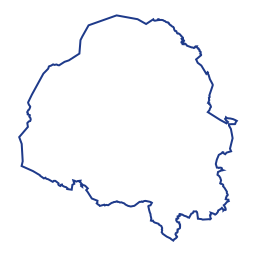 the district of Vinje nor, Telemark, Norway
{"feature_id": "86288312B99450308134053", "entity_name": "Vinje nor", "entity_type": "district", "adm_level": 2, "iso_a3": "NOR", "parent_name": "Norway", "parent_adm1": "Telemark", "projection": "mercator", "projection_center": [7.901, 59.807], "detail": "fine", "context": "isolated", "style": "outline", "palette": "blue", "viewbox_px": 256, "rotation_deg": 0, "n_neighbors": 0, "source": "geoboundaries", "source_scale": "gbopen_adm2", "svg_char_len": 5796}
<svg xmlns="http://www.w3.org/2000/svg" viewBox="0 0 256 256"><path d="M88.6,25.3L82.3,36.5L80.5,40.1L79.4,53.6L68.8,60.4L64.6,61.8L59.1,65.3L58.1,65.2L56.6,64.5L54.3,64.9L53.1,64.4L51.1,65.6L49.1,66.3L48.8,66.7L48.4,68.1L48.0,68.9L43.4,73.6L31.9,94.6L28.2,102.2L28.1,102.7L28.6,104.0L28.9,104.7L30.2,106.5L30.1,107.3L29.4,109.0L28.7,110.0L28.3,110.1L27.2,112.1L27.6,112.6L27.7,113.2L28.0,113.4L28.0,113.7L27.6,114.1L27.7,114.4L29.8,115.1L29.8,115.6L29.3,116.6L30.5,118.2L30.7,119.6L30.2,121.0L28.7,121.5L27.3,123.1L27.9,126.9L19.2,137.1L21.7,143.9L22.7,161.3L21.6,166.0L33.0,171.1L39.9,175.2L40.2,175.8L43.9,178.4L45.4,177.8L45.5,178.1L46.5,178.8L48.3,179.3L52.7,181.8L53.3,181.5L53.7,180.9L54.0,180.8L55.4,180.9L58.6,183.4L58.3,184.5L58.8,185.2L60.3,186.0L60.9,185.4L61.0,184.8L61.9,184.5L62.0,184.5L62.0,185.3L62.4,185.6L64.1,186.6L66.1,187.2L67.5,188.3L67.2,189.0L67.5,189.1L71.7,189.7L72.4,184.8L74.3,183.8L73.3,180.4L75.0,180.9L75.3,181.3L76.3,181.6L77.5,181.1L80.5,180.7L80.4,181.1L79.7,181.9L81.0,183.0L81.3,183.6L81.8,184.0L81.1,184.6L81.3,184.8L81.1,185.1L81.2,185.7L81.5,186.1L81.4,186.2L82.1,186.7L81.9,185.5L82.5,184.7L82.8,185.0L84.4,185.4L85.3,185.9L87.8,188.4L86.2,190.1L87.6,191.9L91.8,198.5L97.4,200.7L97.2,201.2L97.4,201.7L97.4,202.3L96.7,203.3L97.9,204.4L99.0,205.0L99.8,205.9L104.3,204.7L104.8,205.4L106.2,204.9L108.2,205.2L111.6,202.9L112.8,202.6L113.6,202.1L115.8,201.8L116.4,201.4L117.0,201.3L117.5,201.9L118.6,201.9L120.0,202.5L121.3,202.3L124.4,203.5L125.4,204.5L128.1,205.9L130.8,206.5L134.4,205.8L139.5,201.9L140.7,201.9L141.7,201.5L142.0,201.8L142.7,201.9L142.8,201.6L144.4,201.0L145.6,200.9L149.9,201.8L151.3,202.4L151.9,202.8L150.5,205.3L148.9,205.7L148.3,206.2L149.2,210.3L149.8,212.4L150.5,214.1L150.6,215.6L151.3,218.5L150.9,220.6L152.0,220.9L152.9,220.6L153.7,221.9L154.6,222.5L158.6,223.8L158.8,224.4L159.3,224.9L161.3,226.0L162.2,228.1L161.8,229.4L162.2,230.1L161.7,232.3L162.3,233.0L162.6,233.7L166.7,236.6L170.4,238.4L171.2,239.2L173.3,240.6L174.3,239.2L175.3,238.7L176.3,237.9L176.5,237.4L177.1,236.9L177.1,236.7L176.5,236.2L176.5,235.9L176.0,235.5L175.8,234.7L175.5,234.4L175.7,233.3L176.3,232.8L177.2,232.6L177.5,232.1L177.4,231.5L177.8,230.9L177.4,230.2L177.6,229.4L178.3,229.2L179.8,228.3L180.0,227.8L180.1,226.5L179.9,226.1L180.1,225.6L179.8,224.8L180.0,224.3L179.3,223.7L179.2,222.4L178.3,222.5L177.6,221.8L177.1,221.8L176.4,220.7L176.2,220.1L176.4,218.9L177.5,218.9L178.2,218.2L177.7,217.6L177.6,216.5L178.1,216.4L178.3,216.1L179.3,216.3L179.7,216.1L179.8,215.6L179.4,214.6L179.4,214.2L179.5,214.1L180.7,214.5L180.7,214.2L182.3,214.6L184.1,215.7L186.6,216.5L187.9,217.4L188.4,217.5L188.7,217.3L189.2,217.6L191.3,213.7L192.6,213.2L193.1,212.6L193.6,211.4L195.4,211.5L196.1,211.3L196.9,212.0L197.3,213.4L197.7,216.8L197.9,217.2L197.8,217.7L197.9,218.7L201.3,219.1L202.7,219.6L208.9,219.2L210.0,219.4L210.9,218.6L210.6,218.0L210.2,216.8L210.3,216.0L210.1,215.6L210.5,215.2L210.6,214.7L210.4,214.4L210.5,214.3L211.0,213.9L211.0,213.2L210.8,212.7L213.9,213.8L215.1,214.6L216.0,214.1L217.3,212.7L218.0,211.6L218.2,210.5L220.9,208.9L221.9,207.9L223.4,209.8L223.4,210.5L224.3,209.7L225.1,209.6L225.8,210.7L225.7,210.4L225.7,209.1L225.5,208.2L224.2,205.8L223.8,205.2L225.1,204.2L226.9,202.0L228.7,201.1L228.5,200.8L228.4,199.7L227.0,199.6L226.1,199.3L226.1,199.1L225.8,199.0L226.0,198.7L225.9,198.0L226.6,196.6L226.5,196.4L226.7,196.0L227.6,195.4L227.7,194.5L226.9,193.4L226.8,192.6L226.9,191.7L224.4,187.7L223.1,186.3L223.3,185.2L223.0,184.6L221.5,183.8L220.8,183.8L220.2,183.4L221.1,180.3L220.6,179.1L220.4,178.1L219.2,176.1L217.5,174.8L218.0,172.0L220.8,170.7L221.0,170.3L221.8,170.5L223.0,170.2L222.7,170.1L222.3,169.6L221.6,167.9L220.0,167.6L218.8,168.0L218.4,167.7L216.9,167.6L215.8,164.0L216.8,159.7L218.8,154.9L221.6,153.3L222.5,152.2L223.3,152.3L223.4,153.1L225.2,154.2L226.6,152.6L231.1,151.3L230.0,148.7L230.3,147.5L231.3,143.4L232.6,138.2L231.9,134.2L230.9,129.0L229.0,125.6L229.0,124.2L235.0,124.1L235.3,123.7L235.6,122.4L236.8,120.9L235.1,120.0L233.0,119.1L230.4,118.5L227.2,118.2L226.0,117.3L225.8,118.4L225.5,118.4L225.1,118.9L226.1,120.4L228.0,122.0L226.6,123.4L220.3,120.0L207.8,112.1L209.4,110.2L210.2,108.0L210.9,107.1L210.9,106.5L210.4,105.2L209.7,104.5L209.8,104.3L209.6,104.0L209.3,103.6L209.0,103.7L208.9,103.3L209.0,103.1L208.1,102.9L208.6,101.8L208.8,101.1L209.2,100.6L209.2,100.1L209.2,99.8L209.0,99.3L209.1,99.1L209.0,98.8L209.0,98.4L208.9,97.8L209.6,97.2L209.6,96.2L209.4,95.9L209.5,95.3L209.4,95.2L212.7,85.5L212.7,84.5L209.9,79.2L208.6,74.9L208.0,74.1L208.0,73.2L208.1,72.8L207.6,72.2L206.3,73.8L201.3,65.5L197.7,62.8L196.1,59.4L201.1,55.2L201.1,54.6L200.4,53.9L200.7,53.7L200.5,52.7L200.7,52.4L200.6,51.8L199.5,51.0L199.6,50.3L199.3,50.2L199.1,49.3L198.2,48.8L198.3,48.3L197.0,47.5L196.6,46.9L196.9,46.3L196.7,46.3L195.5,46.4L194.9,47.0L194.7,47.3L194.8,47.5L194.5,47.8L193.8,48.0L192.9,47.5L191.6,47.4L187.0,45.7L186.6,45.3L186.4,44.7L185.2,43.7L183.9,43.6L183.7,44.0L184.0,44.1L183.9,44.3L183.5,44.2L183.5,43.8L182.5,44.1L182.4,43.8L182.6,43.5L183.0,43.1L183.4,43.5L183.5,43.1L182.3,42.5L181.8,42.7L181.5,42.6L181.4,42.3L181.7,41.5L182.0,41.2L183.3,41.0L183.8,41.1L184.1,40.8L184.0,40.5L183.3,40.2L182.7,39.7L182.5,39.3L181.8,39.1L181.7,38.9L183.0,38.6L183.0,38.1L182.9,37.6L181.9,36.8L181.4,36.0L181.1,35.9L180.2,34.6L178.5,33.4L177.9,33.6L177.2,33.3L176.7,32.3L176.3,31.2L174.9,30.8L174.8,30.5L174.3,29.8L173.8,27.7L173.2,26.9L172.4,26.6L171.3,25.8L171.2,25.5L169.8,24.7L169.6,24.3L169.1,23.9L169.1,23.5L169.0,23.3L168.3,22.9L168.3,22.6L167.8,22.3L167.4,22.4L166.0,22.0L165.1,21.2L163.5,20.6L162.9,20.1L161.1,19.9L158.5,20.1L158.1,20.0L158.1,19.7L158.3,19.2L158.1,19.2L157.8,19.4L157.6,20.2L154.9,20.7L153.8,20.3L153.3,19.3L146.1,24.0L137.6,19.2L116.6,15.4L88.6,25.3Z" fill="none" stroke="#1e3a8a" stroke-width="2"/></svg>